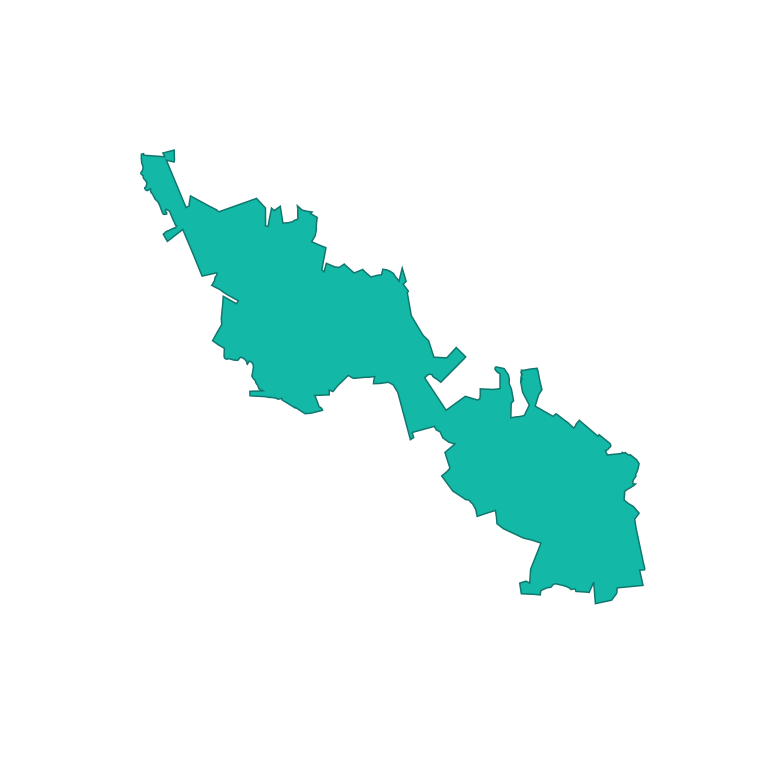 La Independencia, Chiapas, Mexico, rotated 210°
{"feature_id": "50627088B70315927175396", "entity_name": "La Independencia", "entity_type": "district", "adm_level": 2, "iso_a3": "MEX", "parent_name": "Mexico", "parent_adm1": "Chiapas", "projection": "orthographic", "projection_center": [-91.79, 16.214], "detail": "fine", "context": "isolated", "style": "filled", "palette": "teal", "viewbox_px": 768, "rotation_deg": 210, "n_neighbors": 0, "source": "geoboundaries", "source_scale": "gbopen_adm2", "svg_char_len": 6143}
<svg xmlns="http://www.w3.org/2000/svg" viewBox="0 0 768 768"><g transform="rotate(210 384 384)"><path d="M691.0,473.4L689.6,472.6L687.9,471.8L687.5,471.2L706.4,462.0L707.4,463.3L708.6,462.2L709.0,461.6L707.3,458.7L707.0,458.0L705.4,455.9L704.7,454.7L703.7,453.6L702.4,452.7L700.7,450.9L700.5,450.2L700.0,447.7L700.0,446.8L700.3,445.7L699.9,444.9L699.4,444.4L698.4,444.1L697.5,444.1L696.7,443.9L695.7,442.4L694.9,441.8L693.8,441.4L692.8,441.2L692.2,440.7L691.7,440.5L690.7,440.6L689.5,438.6L689.2,437.7L689.2,437.1L688.9,436.7L688.7,435.8L689.4,434.3L689.0,433.8L687.7,433.0L686.6,432.9L685.6,433.2L685.0,434.0L684.6,435.1L683.8,436.3L683.2,435.2L681.9,433.6L679.2,432.6L674.7,429.7L670.0,428.4L669.7,427.9L668.0,426.9L661.8,421.7L660.7,421.0L659.6,420.7L657.2,422.5L657.7,423.5L658.1,423.9L658.6,423.9L658.9,423.7L659.5,424.1L659.9,424.8L659.8,425.1L660.2,426.0L659.9,426.5L659.6,426.6L656.0,426.3L647.9,420.1L646.0,419.0L644.2,417.4L642.6,417.3L642.7,415.4L643.0,414.8L643.5,414.5L643.5,414.2L644.6,413.1L647.2,409.1L648.4,407.9L649.0,406.6L650.0,403.3L642.9,399.2L635.5,417.2L613.9,400.8L595.5,386.5L584.8,396.3L583.8,396.3L583.3,394.7L583.3,394.0L583.6,392.9L583.5,391.7L582.5,388.9L582.4,384.4L582.5,383.3L577.3,383.5L573.1,383.8L570.4,383.3L564.3,383.0L554.5,383.1L553.9,383.3L551.8,383.2L551.9,379.7L567.1,379.6L563.8,373.0L557.7,359.5L554.2,354.2L554.3,345.4L554.1,335.8L546.8,335.1L541.1,335.1L540.1,335.0L536.3,327.9L535.3,327.0L534.9,326.7L533.3,326.6L532.4,327.0L531.1,328.3L530.5,328.6L526.4,329.5L522.9,331.1L522.5,331.5L522.2,332.3L522.2,333.6L521.9,334.2L521.8,335.0L521.3,335.6L521.0,335.7L519.9,335.9L519.0,335.8L518.4,336.0L515.9,335.4L515.2,335.0L514.5,335.0L514.1,334.7L512.5,332.7L512.2,332.7L512.2,336.1L511.6,336.5L510.8,336.7L509.1,336.4L508.4,336.1L507.6,335.7L506.6,334.7L505.5,333.4L504.6,330.8L503.5,328.2L503.0,326.4L502.4,324.8L500.6,323.7L499.2,323.1L498.1,322.9L496.5,322.1L495.8,321.1L495.0,320.8L494.1,320.2L492.4,319.7L491.8,318.9L490.1,317.4L489.4,317.3L488.5,317.4L487.8,317.3L486.3,317.7L485.3,317.6L496.5,310.6L494.1,306.8L480.0,313.9L478.1,314.5L476.3,315.1L475.5,315.6L475.0,316.1L474.2,316.2L472.6,317.0L471.9,317.1L471.2,317.6L470.7,317.7L468.5,317.8L467.6,318.3L465.4,320.4L464.4,319.3L449.1,318.8L449.1,319.4L437.2,318.8L436.2,319.9L435.4,320.3L433.5,321.5L430.0,324.7L424.1,330.5L425.3,331.4L426.5,331.9L427.6,331.9L428.6,331.7L436.7,338.4L438.4,339.4L426.0,347.2L428.4,351.3L424.5,351.9L424.1,353.4L423.4,359.0L421.2,366.5L419.3,373.6L415.2,373.5L413.3,373.6L404.5,379.8L399.9,382.7L395.7,385.8L394.7,382.1L393.3,379.0L387.5,382.6L381.2,387.6L380.9,387.7L380.3,387.7L375.7,387.9L367.7,383.5L333.3,349.0L331.5,352.5L335.4,356.1L319.2,372.5L315.8,370.4L311.5,370.6L306.1,366.8L298.8,366.0L292.6,367.5L297.0,355.2L284.8,344.1L285.7,339.5L288.1,333.2L270.9,325.7L257.3,324.9L255.9,324.7L255.5,324.7L252.7,325.9L246.9,324.3L241.7,321.1L237.1,315.9L233.5,320.1L224.3,330.2L220.4,325.4L216.3,319.5L209.1,318.5L207.7,318.4L186.2,320.3L178.4,322.6L168.5,324.7L164.4,296.8L158.2,284.4L162.4,284.3L166.9,279.4L160.2,271.0L149.0,276.8L143.2,279.5L144.8,283.0L143.9,285.0L142.8,286.3L142.3,287.3L141.6,287.9L140.8,289.3L138.9,290.5L138.2,291.2L137.6,292.1L137.4,294.2L137.2,294.9L136.6,295.8L135.5,296.8L128.7,298.9L125.2,299.7L121.2,300.1L119.3,299.5L117.0,301.6L115.8,302.0L114.1,300.3L103.4,305.6L102.1,306.1L103.3,317.2L91.1,299.5L78.8,310.6L77.9,318.3L78.2,320.2L79.4,322.4L79.5,322.9L79.9,323.3L80.0,324.1L59.0,339.1L69.5,350.6L65.4,353.4L66.0,354.7L69.2,358.0L93.2,384.7L99.3,392.2L98.5,399.7L106.8,402.6L113.2,402.7L118.0,403.6L119.2,405.9L120.6,409.0L121.9,411.1L120.7,414.1L118.1,418.7L117.8,419.7L117.3,420.0L116.2,423.1L118.1,422.2L118.5,422.1L118.9,422.1L120.2,425.5L119.7,430.2L120.6,431.0L120.9,432.6L121.0,434.8L121.7,437.8L123.2,442.5L127.2,444.6L135.2,445.9L135.7,445.6L136.4,444.7L139.9,445.1L140.4,445.0L140.8,445.2L140.9,444.8L141.1,444.5L141.4,444.5L141.9,443.9L142.7,443.9L142.8,443.8L143.3,444.0L143.6,443.0L143.5,442.8L144.0,442.2L155.1,434.2L158.9,437.0L157.4,439.0L157.1,441.1L156.6,442.7L156.5,443.5L157.9,445.2L159.6,445.6L172.4,447.7L172.5,445.7L196.7,450.2L197.6,445.1L197.2,443.9L197.6,440.7L205.5,442.5L211.3,443.1L220.1,444.3L221.4,440.5L242.0,440.4L244.7,452.2L244.4,458.1L250.5,464.5L256.5,471.4L259.2,474.2L264.9,470.0L270.1,465.5L271.9,464.7L270.9,463.8L271.4,462.7L269.9,461.5L269.3,461.8L269.0,461.3L269.6,461.0L268.8,459.3L268.8,458.4L268.3,457.5L267.8,457.8L267.7,457.5L267.1,457.7L266.8,457.2L267.5,456.8L267.6,455.8L267.1,455.0L266.6,455.3L266.4,455.0L267.0,454.7L266.9,454.5L260.0,446.3L247.6,438.4L246.8,426.9L248.4,425.2L251.2,422.9L253.0,421.7L257.3,418.2L264.2,430.9L263.9,431.9L263.9,432.6L263.3,434.1L271.1,443.3L275.7,446.8L276.6,448.3L277.8,450.6L278.6,451.7L280.6,453.8L281.5,454.4L287.7,457.4L295.4,454.9L295.8,454.3L295.9,453.7L295.3,452.3L293.5,451.5L291.2,450.8L288.7,451.0L281.2,438.0L284.0,435.8L287.2,433.6L298.2,427.9L295.4,423.1L293.6,419.2L294.9,416.9L307.4,414.0L317.1,392.3L351.9,409.7L350.7,413.4L350.1,414.8L347.1,416.2L346.4,415.6L345.5,415.0L343.2,414.6L340.4,414.6L335.7,413.9L327.4,445.4L326.8,448.3L339.7,451.7L342.7,438.0L354.2,432.2L367.0,443.8L373.5,445.4L376.1,446.5L394.6,456.9L409.4,474.6L409.3,476.6L417.3,480.0L416.1,483.9L426.2,493.5L422.4,480.6L427.9,482.7L430.9,484.4L435.0,484.7L438.7,484.2L442.4,482.8L440.8,477.4L443.8,475.1L448.9,470.1L455.5,471.4L459.1,472.3L459.6,472.6L465.5,465.1L466.4,465.4L476.2,467.4L478.4,468.0L481.0,462.6L485.1,460.8L494.3,459.7L492.0,451.3L494.9,451.7L502.4,473.0L510.0,471.9L517.8,471.0L517.7,477.3L518.2,479.4L519.7,483.7L521.9,487.5L524.6,493.4L525.0,494.8L532.8,494.9L532.3,497.0L536.8,495.2L541.7,493.7L548.1,495.0L545.4,491.5L545.1,490.6L543.1,487.1L541.1,484.0L541.4,483.3L542.1,482.4L543.3,481.2L543.8,480.0L544.9,478.1L545.8,477.5L546.9,476.3L549.9,474.2L552.0,472.8L562.7,486.1L565.7,479.3L569.4,480.1L563.2,462.5L565.6,461.6L574.6,477.1L587.2,481.0L613.1,450.6L613.8,450.5L615.7,451.0L616.3,451.1L626.1,450.6L645.6,450.1L642.8,442.5L641.7,441.3L643.6,437.8L684.4,469.0L676.8,471.3L677.6,473.5L682.7,481.7L691.0,473.4Z" fill="#14b8a6" stroke="#0f766e" stroke-width="1.5"/></g></svg>